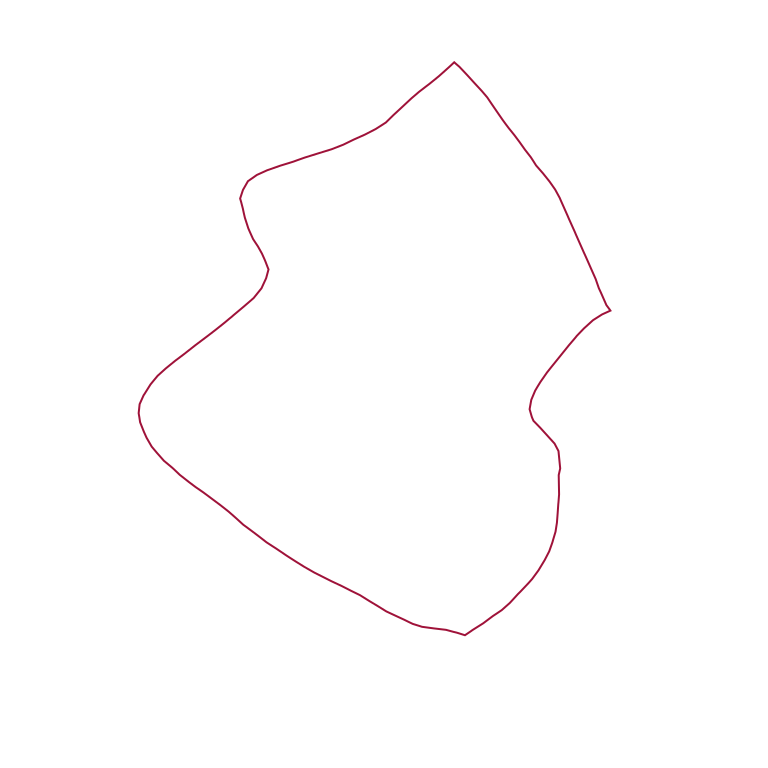 outline of Haridah, Hadramawt, Yemen, rotated 245°
{"feature_id": "15242507B86520144801681", "entity_name": "Haridah", "entity_type": "district", "adm_level": 2, "iso_a3": "YEM", "parent_name": "Yemen", "parent_adm1": "Hadramawt", "projection": "equal_earth", "projection_center": [48.179, 15.546], "detail": "fine", "context": "isolated", "style": "outline", "palette": "rose", "viewbox_px": 768, "rotation_deg": 245, "n_neighbors": 0, "source": "geoboundaries", "source_scale": "gbopen_adm2", "svg_char_len": 2854}
<svg xmlns="http://www.w3.org/2000/svg" viewBox="0 0 768 768"><g transform="rotate(245 384 384)"><path d="M645.9,583.6L644.6,579.7L643.5,576.2L639.8,563.9L636.8,552.0L635.9,547.8L634.0,539.3L631.5,530.3L631.2,529.3L627.2,517.0L623.9,506.7L623.6,505.8L620.2,496.2L618.6,484.3L618.1,472.1L618.3,459.8L618.1,448.3L618.9,435.7L620.8,422.0L622.7,407.9L623.5,399.7L623.8,396.1L624.4,391.5L625.7,382.3L627.1,368.2L627.1,366.6L627.2,357.1L625.3,346.4L619.5,338.2L614.4,333.4L612.9,332.0L609.1,331.4L602.6,330.2L598.3,329.2L593.6,328.2L584.8,327.1L582.4,326.8L578.7,326.7L570.7,326.6L567.9,327.0L561.9,327.9L553.7,328.5L547.3,328.4L544.9,328.3L537.7,327.8L536.7,327.8L529.7,321.9L525.9,317.4L522.5,313.4L517.0,302.2L513.7,290.6L510.9,280.2L510.0,276.8L509.2,274.1L508.6,271.6L507.2,266.4L504.4,254.9L501.9,243.7L498.9,229.5L495.5,215.0L493.3,204.6L491.9,199.0L490.3,192.7L487.1,182.3L484.7,177.2L482.3,172.2L475.9,162.3L475.4,161.4L469.0,154.0L461.2,149.3L457.2,148.2L452.4,146.8L443.9,146.3L442.1,146.2L435.7,146.1L425.4,147.0L417.2,149.2L407.4,152.1L397.4,156.8L395.7,157.5L388.0,160.5L377.9,165.6L370.2,169.7L362.0,174.5L353.1,179.3L350.5,180.7L343.4,184.5L333.9,189.3L325.7,192.9L315.9,197.0L307.1,201.8L298.8,206.2L290.2,210.6L284.1,214.4L280.8,216.5L270.1,222.9L266.1,225.4L260.1,229.2L252.1,234.4L242.6,241.1L235.5,246.7L227.5,253.0L218.9,260.2L212.9,264.9L210.3,266.9L209.7,267.4L202.9,272.9L193.2,279.2L184.9,284.8L176.9,290.0L168.9,296.7L161.8,302.7L157.8,305.9L154.4,308.7L149.5,314.1L147.9,315.8L141.3,326.1L135.0,336.3L130.1,342.1L128.1,344.6L127.5,345.3L122.1,351.2L123.2,358.1L123.6,360.2L125.2,372.8L126.8,380.4L127.7,384.7L128.3,388.8L129.3,395.1L132.4,405.5L134.2,409.9L137.0,416.6L138.1,419.7L140.7,426.3L142.7,431.3L144.7,435.9L149.8,445.2L156.5,455.2L162.5,463.0L168.7,469.1L170.1,470.4L170.5,470.7L177.6,477.0L185.2,482.1L193.0,486.5L201.5,491.2L203.0,492.1L209.9,496.0L218.7,499.9L227.7,503.9L227.8,504.0L233.0,508.0L249.5,513.8L257.9,513.4L278.0,507.2L287.5,503.9L290.8,504.0L292.0,504.1L299.6,505.3L301.6,506.7L307.4,510.8L314.1,518.2L316.7,522.0L319.8,526.7L324.1,534.1L325.6,536.7L328.5,542.5L330.4,546.4L335.3,556.4L341.0,568.0L345.2,577.2L346.2,579.2L349.9,588.8L353.5,600.4L354.4,607.3L354.9,611.1L354.8,620.2L356.1,620.0L361.5,618.9L370.3,619.1L375.1,619.2L380.0,619.2L385.9,619.8L389.7,620.2L400.5,620.4L409.9,620.6L416.4,620.7L418.4,620.7L423.5,620.8L428.9,620.9L438.6,621.1L441.0,621.2L448.3,621.3L455.7,621.4L458.5,621.5L464.3,621.6L469.4,621.7L475.6,621.8L478.5,621.9L479.9,621.8L487.9,621.3L497.5,619.6L507.8,617.1L517.8,614.2L523.3,613.5L527.5,612.9L536.7,610.8L546.0,609.1L550.8,608.1L554.6,607.3L563.1,605.2L568.3,604.1L573.4,603.1L583.4,601.4L591.9,600.0L595.0,599.5L600.1,598.7L608.1,596.5L618.1,593.3L620.0,592.7L628.7,590.0L639.6,586.4L643.6,584.6L645.9,583.6Z" fill="none" stroke="#9f1239" stroke-width="2"/></g></svg>